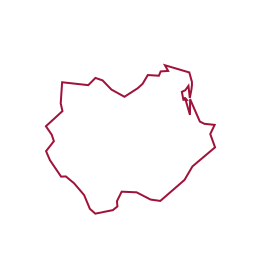 outline of Lushnjë, Fier, Albania, rotated 141°
{"feature_id": "67620474B73435711419495", "entity_name": "Lushnjë", "entity_type": "district", "adm_level": 2, "iso_a3": "ALB", "parent_name": "Albania", "parent_adm1": "Fier", "projection": "mercator", "projection_center": [19.57, 40.906], "detail": "fine", "context": "isolated", "style": "outline", "palette": "rose", "viewbox_px": 256, "rotation_deg": 141, "n_neighbors": 0, "source": "geoboundaries", "source_scale": "gbopen_adm2", "svg_char_len": 903}
<svg xmlns="http://www.w3.org/2000/svg" viewBox="0 0 256 256"><g transform="rotate(141 128 128)"><path d="M58.7,75.9L66.0,83.2L68.1,87.8L61.6,111.3L71.6,99.2L65.5,113.7L64.7,112.9L64.7,115.1L64.9,115.5L65.3,115.5L65.4,115.1L65.6,115.1L65.9,114.8L66.2,114.9L66.5,114.8L66.6,114.6L66.8,114.7L67.2,114.7L67.6,114.3L63.4,122.2L59.8,121.3L54.5,122.7L61.1,112.4L54.5,118.0L51.1,121.3L49.2,123.8L45.4,132.6L59.8,153.5L60.9,147.1L67.0,151.4L71.1,149.2L79.3,156.7L88.9,153.1L95.6,152.8L111.1,154.5L116.7,168.3L117.8,181.0L121.8,187.4L131.9,186.3L150.4,205.0L164.8,189.5L168.3,182.4L190.7,181.0L191.5,170.8L193.9,164.4L206.2,161.6L207.3,157.9L208.9,152.1L210.6,132.3L206.8,129.5L204.7,119.0L204.3,103.5L208.5,89.2L207.3,82.0L191.4,73.7L185.6,73.7L182.6,78.1L173.0,82.5L161.8,72.6L155.5,58.2L148.8,51.0L116.7,52.1L102.1,57.6L72.5,58.2L67.9,71.5L58.7,75.9Z" fill="none" stroke="#9f1239" stroke-width="2"/></g></svg>